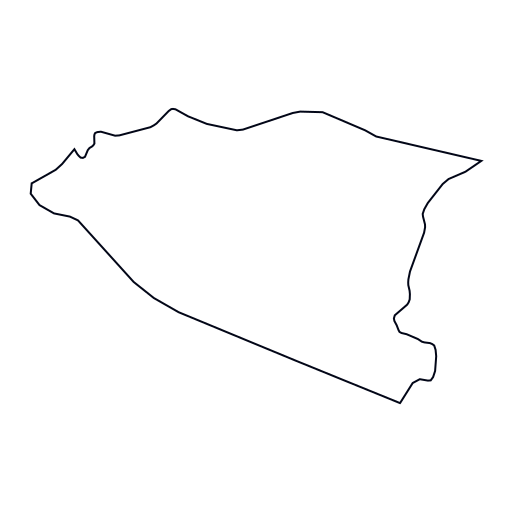 the State of Melaka
{"feature_id": "MYS-1145", "entity_name": "Melaka", "entity_type": "State", "adm_level": 1, "iso_a3": "MYS", "parent_name": "Malaysia", "parent_adm1": "", "projection": "albers", "projection_center": [102.321, 2.293], "detail": "fine", "context": "isolated", "style": "outline", "palette": "ink", "viewbox_px": 512, "rotation_deg": 0, "n_neighbors": 0, "source": "natural_earth", "source_scale": "10m", "svg_char_len": 1207}
<svg xmlns="http://www.w3.org/2000/svg" viewBox="0 0 512 512"><path d="M400.0,403.1L296.8,361.1L178.6,312.2L153.8,298.0L133.7,282.0L78.0,220.4L69.9,216.6L54.0,213.4L39.5,205.1L30.7,193.7L31.7,183.3L32.0,183.2L55.7,169.8L62.1,164.0L74.4,149.2L77.3,154.1L78.7,155.8L80.6,157.6L82.9,157.9L85.0,156.8L87.8,150.1L89.5,148.0L92.0,146.5L93.3,145.3L94.4,143.6L94.2,136.1L94.5,134.3L95.2,133.0L97.3,132.1L100.9,131.7L115.1,135.7L119.3,135.4L150.4,127.2L153.9,125.3L156.5,123.5L168.7,111.0L171.3,109.1L173.0,108.9L175.5,109.3L188.0,116.3L206.8,123.9L236.9,130.3L242.9,129.6L292.7,113.0L300.2,111.6L322.6,112.2L365.1,130.3L376.2,136.5L481.3,160.9L465.5,171.7L448.6,179.0L442.7,184.0L427.8,203.0L424.3,209.2L422.7,213.9L423.0,216.5L425.0,224.4L425.1,227.2L424.1,232.7L410.0,271.5L408.4,279.4L408.2,282.3L408.3,285.1L409.6,290.8L409.9,294.2L409.7,299.4L408.6,302.4L407.2,304.6L394.8,315.3L393.9,318.4L394.4,321.0L396.7,325.3L398.5,330.0L399.5,331.9L401.5,333.0L406.6,334.2L418.0,339.1L421.9,341.7L424.4,342.4L430.0,343.1L432.3,344.1L434.2,345.5L435.6,349.9L436.2,356.3L435.1,371.0L433.1,377.1L430.7,380.4L427.9,380.6L419.8,379.2L412.7,383.0L400.1,403.0L400.0,403.1Z" fill="none" stroke="#020617" stroke-width="2"/></svg>